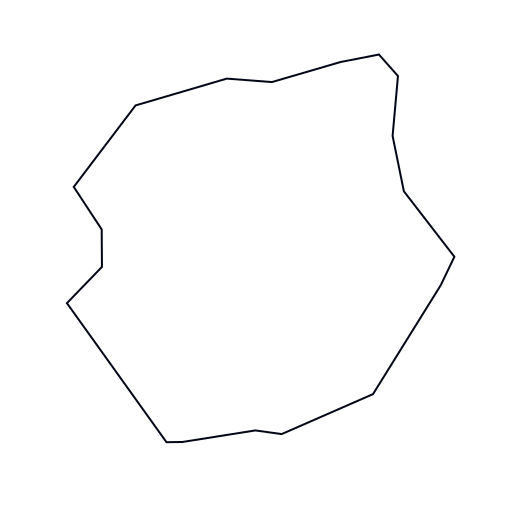 Tahoua Ville, Tahoua, Niger, rotated 259°
{"feature_id": "23599985B25077979802367", "entity_name": "Tahoua Ville", "entity_type": "district", "adm_level": 2, "iso_a3": "NER", "parent_name": "Niger", "parent_adm1": "Tahoua", "projection": "mercator", "projection_center": [5.259, 14.899], "detail": "fine", "context": "isolated", "style": "outline", "palette": "ink", "viewbox_px": 512, "rotation_deg": 259, "n_neighbors": 0, "source": "geoboundaries", "source_scale": "gbopen_adm2", "svg_char_len": 399}
<svg xmlns="http://www.w3.org/2000/svg" viewBox="0 0 512 512"><g transform="rotate(259 256 256)"><path d="M274.7,102.7L245.8,61.4L90.3,132.6L87.5,148.2L84.9,222.1L76.3,247.2L98.1,344.5L192.1,431.8L217.4,450.6L291.3,413.5L347.8,413.0L405.6,429.7L430.3,415.1L430.3,376.0L423.7,304.8L435.7,261.2L426.8,166.5L358.6,90.3L311.5,109.6L274.7,102.7Z" fill="none" stroke="#020617" stroke-width="2"/></g></svg>